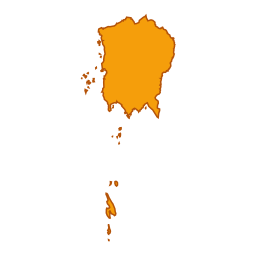 Mueang Krabi, Krabi, Thailand
{"feature_id": "78962969B35489784077256", "entity_name": "Mueang Krabi", "entity_type": "district", "adm_level": 2, "iso_a3": "THA", "parent_name": "Thailand", "parent_adm1": "Krabi", "projection": "equal_earth", "projection_center": [98.827, 7.974], "detail": "fine", "context": "isolated", "style": "filled", "palette": "amber", "viewbox_px": 256, "rotation_deg": 0, "n_neighbors": 0, "source": "geoboundaries", "source_scale": "gbopen_adm2", "svg_char_len": 5754}
<svg xmlns="http://www.w3.org/2000/svg" viewBox="0 0 256 256"><path d="M98.4,31.9L99.2,32.0L99.3,33.1L99.8,33.6L99.5,34.3L99.8,34.8L101.5,35.3L101.8,35.9L101.2,37.9L102.0,40.7L102.8,40.7L102.2,41.2L102.8,44.3L104.2,46.4L104.5,47.8L104.3,49.3L105.1,53.9L104.2,56.0L103.7,59.6L103.9,60.5L103.0,62.4L101.7,63.5L102.4,68.8L101.8,70.0L100.9,70.8L101.2,71.4L102.9,71.3L103.4,69.0L103.9,68.7L104.9,69.0L105.1,69.3L105.0,70.4L106.3,70.6L106.5,71.1L106.8,72.9L106.5,73.0L105.2,75.8L104.8,76.1L104.3,76.0L104.1,77.9L104.7,78.8L103.6,78.8L103.9,80.7L103.7,81.9L103.9,87.3L102.8,88.6L102.8,89.9L102.0,91.7L102.4,91.5L103.4,93.1L103.1,95.6L104.1,97.7L104.4,99.4L106.9,101.5L107.6,102.6L107.6,103.6L108.4,104.9L108.7,106.0L108.4,106.7L108.6,107.7L108.3,109.1L108.6,110.6L109.7,111.3L110.2,110.5L110.9,110.3L110.9,109.4L110.4,108.3L110.5,104.4L114.2,102.7L116.3,103.0L116.6,102.3L116.5,102.0L116.4,102.4L116.5,102.0L117.1,101.6L117.5,102.3L119.3,103.0L121.8,104.8L121.9,105.4L121.6,105.6L121.8,106.1L124.5,109.1L125.4,110.6L125.3,112.1L124.7,112.7L124.8,113.1L125.1,113.5L125.5,113.3L126.0,112.3L126.8,112.8L127.6,114.9L127.6,115.4L127.0,115.7L128.5,117.8L129.1,118.1L129.1,117.3L129.4,116.9L129.0,115.9L128.5,116.0L128.7,114.9L129.8,114.0L130.6,114.1L130.8,114.8L131.1,114.2L130.7,114.0L130.7,113.5L131.7,111.8L132.6,111.0L132.5,109.8L132.9,109.9L133.3,108.9L133.9,108.7L134.2,109.0L134.3,108.4L134.6,108.3L135.5,108.7L138.5,111.2L138.7,111.9L139.4,110.9L140.0,110.9L140.0,110.0L141.1,109.4L141.9,108.0L142.7,107.9L143.3,106.9L143.5,105.4L144.3,105.2L144.8,104.2L147.3,102.8L148.8,106.3L151.8,109.2L152.5,109.5L157.2,117.0L158.2,117.7L158.7,113.2L159.6,110.7L159.6,109.0L157.5,108.2L157.3,107.3L157.6,104.9L158.3,103.2L158.1,101.1L155.6,99.1L155.1,97.6L156.0,96.1L157.3,94.7L159.2,93.9L160.2,92.5L160.0,91.4L160.5,90.0L159.7,88.9L160.4,88.4L160.8,86.9L160.8,85.3L160.2,85.2L160.6,84.7L160.4,84.4L161.0,84.2L160.6,81.4L160.9,81.2L161.3,79.4L161.3,78.8L161.0,78.6L161.4,78.6L161.5,78.3L161.6,76.3L162.1,76.2L162.4,75.5L162.1,74.6L162.3,73.3L163.8,72.2L165.2,72.4L165.8,72.1L166.5,70.8L167.0,71.1L168.0,70.9L167.7,70.3L168.8,69.5L169.0,68.6L169.5,68.5L170.8,66.0L170.6,64.0L170.3,63.6L170.6,63.2L170.4,62.5L171.5,61.4L171.8,59.4L172.5,58.6L172.4,57.7L172.9,57.6L172.8,57.2L173.4,56.9L174.2,54.0L173.9,53.9L173.6,52.9L173.7,50.5L174.0,50.0L173.6,48.8L174.2,48.1L174.3,46.8L174.6,46.1L174.5,44.9L174.8,44.6L174.3,43.8L174.4,42.4L174.0,41.8L173.9,40.7L173.2,40.2L173.0,39.4L173.8,38.8L173.7,38.2L173.0,37.8L172.3,38.3L172.2,38.0L171.1,37.9L170.2,36.6L169.8,35.1L168.1,34.0L167.5,32.9L167.3,33.0L167.2,32.2L166.6,31.5L166.5,30.8L165.6,29.9L163.7,29.3L162.9,28.0L162.8,27.4L162.3,27.2L161.6,28.1L160.9,28.0L160.6,28.6L159.8,28.6L158.4,28.1L157.5,27.1L155.9,26.3L155.5,25.8L155.6,24.9L155.0,24.4L154.9,22.2L152.8,20.4L151.0,19.9L147.9,20.8L146.4,17.9L145.9,15.4L144.8,16.7L143.6,17.1L139.4,20.4L138.9,22.5L136.4,23.6L134.7,23.8L133.8,21.5L133.1,20.8L132.2,19.2L131.0,19.0L131.0,17.8L126.6,17.2L126.3,18.2L125.7,18.6L125.5,19.6L123.8,19.7L123.4,20.2L123.3,20.8L122.1,20.4L121.8,21.1L120.1,22.3L117.1,23.6L116.7,23.3L115.9,24.8L114.4,25.9L110.1,26.7L108.1,26.6L104.5,28.2L103.5,28.2L103.7,28.5L103.2,29.1L102.8,28.9L102.8,28.2L102.2,28.3L101.5,27.7L98.9,28.9L98.6,29.7L98.4,31.9ZM114.8,208.7L112.8,203.8L111.6,202.2L109.0,197.6L107.6,194.3L106.9,193.5L106.1,193.3L106.1,194.7L106.6,195.3L108.0,199.5L107.9,200.8L106.9,201.4L106.9,201.8L107.5,203.8L109.1,205.6L109.7,207.4L109.4,208.0L108.6,208.1L108.0,208.7L106.9,208.1L106.4,209.2L106.3,213.0L107.3,215.6L109.3,218.1L110.2,218.0L109.8,216.1L109.8,213.6L109.2,211.7L109.8,210.9L110.1,211.0L110.6,212.4L111.6,213.8L113.7,214.7L114.4,215.6L115.5,215.0L115.8,213.4L115.2,211.8L114.8,208.7ZM110.4,231.8L110.3,230.4L109.6,228.8L108.6,224.2L108.4,225.0L108.9,228.1L107.7,230.5L108.6,231.3L107.7,232.7L108.5,234.2L108.7,234.3L108.9,233.6L109.8,233.3L110.4,231.8ZM116.0,181.3L115.0,181.6L114.9,183.3L115.5,185.2L116.6,186.1L117.5,185.1L117.5,182.8L117.0,181.9L116.0,181.3ZM120.5,133.7L120.3,133.4L119.8,133.9L119.1,133.8L118.6,135.0L118.7,135.5L119.5,135.9L119.8,136.8L120.2,136.6L120.4,135.6L120.5,133.7ZM121.1,127.7L119.9,127.8L119.0,128.7L119.4,129.4L119.3,129.9L120.1,130.0L121.1,129.1L121.1,127.7ZM85.9,90.1L85.2,89.5L85.0,90.6L85.8,93.0L86.3,91.4L87.3,90.6L86.7,90.0L85.9,90.1ZM111.4,181.9L110.4,181.7L110.5,183.6L110.0,185.0L110.6,184.7L111.1,183.7L111.4,181.9ZM89.5,82.9L89.1,82.4L88.6,83.2L88.7,83.9L89.5,83.9L90.5,82.8L90.1,82.4L89.5,82.9ZM85.6,77.8L86.5,76.7L86.5,76.0L86.0,75.8L85.7,76.4L85.0,76.8L85.0,77.2L85.6,77.8ZM93.8,80.6L92.8,80.9L93.1,81.9L94.3,81.7L93.8,80.6ZM100.4,41.9L99.2,40.8L99.0,42.4L99.7,42.4L100.0,42.7L100.4,41.9ZM83.8,75.8L84.6,75.5L84.3,74.5L84.0,74.5L83.3,75.4L83.8,75.8ZM98.4,41.6L97.8,41.8L98.1,43.1L98.6,43.2L99.0,42.5L98.4,41.6ZM88.8,81.8L89.1,80.9L88.4,80.6L88.2,81.6L88.8,81.8ZM94.0,79.4L94.1,78.6L93.3,78.6L93.3,79.3L94.0,79.4ZM96.3,67.3L95.7,67.8L95.8,68.5L96.4,68.0L96.3,67.3ZM88.4,73.0L88.2,72.7L87.4,73.3L88.0,73.7L88.4,73.0ZM100.9,57.3L101.2,56.3L101.0,56.2L100.5,57.0L100.9,57.3ZM99.6,45.3L99.8,44.5L99.2,43.8L99.3,45.3L99.6,45.3ZM87.2,81.6L86.8,82.5L87.0,83.1L87.4,81.8L87.2,81.6ZM81.9,78.2L81.2,77.8L81.8,78.4L81.9,78.2ZM145.7,108.5L145.9,108.1L145.8,107.6L145.4,108.1L145.7,108.5ZM117.3,136.6L116.9,136.8L117.2,137.5L117.4,137.0L117.3,136.6ZM108.9,240.6L109.1,240.1L108.6,239.8L108.7,240.5L108.9,240.6ZM100.1,54.1L99.7,53.7L99.4,53.6L99.4,54.1L100.1,54.1ZM113.2,107.6L113.2,106.9L112.7,107.7L113.2,107.6ZM88.6,87.6L88.2,86.9L88.0,87.0L88.0,87.4L88.6,87.6ZM119.1,143.0L118.9,143.4L119.0,143.8L119.3,143.6L119.1,143.0ZM112.2,137.2L112.5,136.8L112.5,136.4L112.3,136.5L112.2,137.2ZM113.2,105.9L113.3,105.5L113.1,105.2L113.2,105.9Z" fill="#f59e0b" stroke="#b45309" stroke-width="1.5"/></svg>